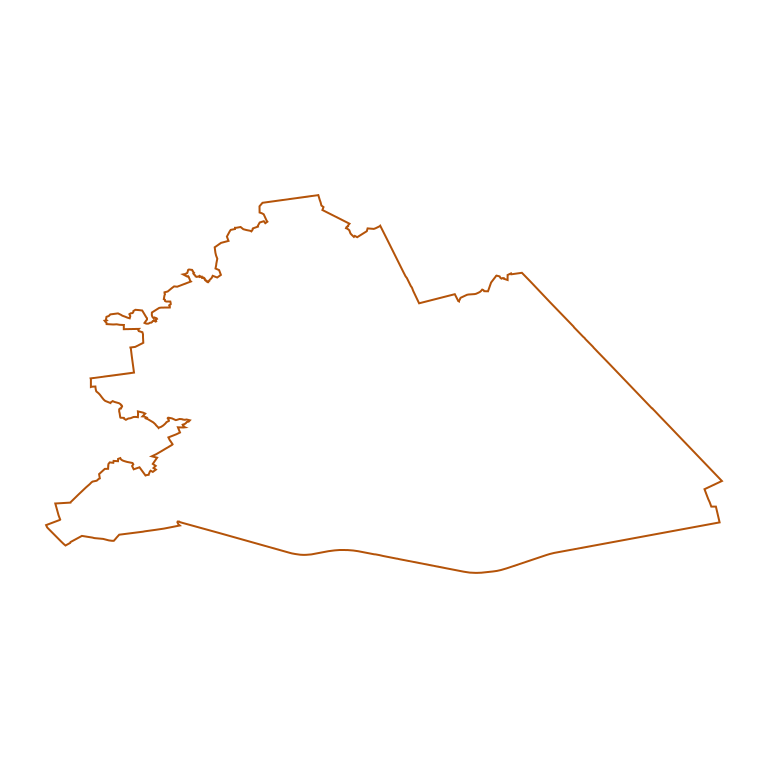 Smārdes pag., Engures, Latvia (Robinson projection)
{"feature_id": "27541924B30626092647888", "entity_name": "Smārdes pag.", "entity_type": "district", "adm_level": 2, "iso_a3": "LVA", "parent_name": "Latvia", "parent_adm1": "Engures", "projection": "robinson", "projection_center": [23.267, 56.989], "detail": "fine", "context": "isolated", "style": "outline", "palette": "amber", "viewbox_px": 768, "rotation_deg": 0, "n_neighbors": 0, "source": "geoboundaries", "source_scale": "gbopen_adm2", "svg_char_len": 6030}
<svg xmlns="http://www.w3.org/2000/svg" viewBox="0 0 768 768"><path d="M262.5,202.8L259.5,206.3L259.6,212.5L261.9,213.3L263.7,214.3L266.6,220.6L267.4,221.7L265.3,223.2L263.8,221.2L259.7,222.5L257.8,225.9L258.0,226.6L252.9,228.4L252.6,229.0L252.7,229.5L251.4,231.4L250.3,230.8L246.7,230.1L243.3,229.2L240.6,227.0L236.2,227.8L235.0,227.8L235.0,229.0L230.7,229.9L229.7,231.4L226.9,236.6L228.5,240.9L221.0,242.9L214.7,247.3L215.4,252.7L216.1,255.6L217.3,258.7L216.3,263.8L216.2,265.0L215.5,268.5L219.1,270.1L220.9,274.9L220.5,275.2L217.2,277.5L212.7,275.8L211.7,277.9L209.0,280.7L209.1,281.0L208.2,281.3L208.2,282.2L207.7,282.2L206.5,281.4L206.3,281.1L206.4,280.6L206.1,280.4L205.5,280.5L205.1,280.2L204.8,279.5L204.9,278.9L204.5,278.4L204.1,278.5L203.4,278.1L203.7,278.1L203.9,277.8L203.6,277.6L203.3,277.9L201.3,278.0L202.0,277.6L201.9,276.7L201.4,276.7L199.8,277.0L199.7,276.7L200.0,276.2L199.8,275.9L199.5,275.8L198.3,276.7L197.2,276.6L196.8,276.9L195.5,276.4L195.4,275.8L195.1,275.3L194.1,274.6L193.7,274.1L193.5,273.6L193.5,273.4L193.8,273.1L193.6,273.0L193.9,272.7L192.8,271.4L192.9,271.2L192.1,269.9L189.0,269.5L188.3,269.8L188.0,270.2L187.7,271.7L187.2,273.0L186.2,273.4L185.6,274.2L184.8,274.2L184.5,274.1L183.1,274.4L187.3,276.6L188.0,276.1L188.9,277.2L188.9,277.6L189.6,279.0L189.9,280.1L190.3,280.9L190.9,281.5L177.2,286.7L174.1,286.4L171.7,288.2L167.7,291.5L164.5,292.3L164.5,293.1L165.0,294.2L164.5,295.3L163.8,299.2L164.9,299.7L165.0,300.9L166.1,301.5L170.3,301.5L170.7,303.2L170.7,304.3L169.2,305.3L169.8,306.4L169.8,307.5L161.1,307.6L159.2,307.9L151.9,312.5L151.8,315.0L152.3,316.7L153.7,318.4L154.4,317.5L156.6,318.3L157.0,318.9L155.7,319.8L156.2,321.3L155.5,321.6L154.0,320.5L153.4,321.0L152.7,321.1L152.1,322.0L151.4,322.6L150.1,322.7L148.5,323.6L146.8,323.7L145.5,323.4L144.5,322.9L147.0,319.5L147.0,318.2L146.4,317.5L142.2,310.5L139.0,310.1L135.4,309.8L133.4,311.0L133.2,312.3L132.5,313.1L130.7,313.3L129.4,314.2L130.3,316.1L129.7,318.3L127.3,317.6L124.9,316.6L122.3,315.7L121.3,315.0L118.0,313.4L110.3,314.4L108.8,316.0L106.5,316.8L106.0,319.2L106.1,319.7L106.7,320.3L104.6,320.7L105.5,321.9L106.4,322.6L106.6,324.1L113.4,324.5L116.7,324.3L119.6,324.8L123.9,325.0L123.8,325.8L123.8,329.2L138.9,328.9L138.1,329.8L138.8,331.1L142.4,332.2L143.0,334.3L143.0,337.2L143.3,342.8L135.2,346.9L130.4,347.5L130.5,348.0L130.8,348.2L131.8,356.4L134.0,372.6L90.6,378.4L90.9,379.4L90.9,381.0L90.9,387.0L91.8,386.7L95.4,386.5L95.7,389.2L96.3,391.4L98.6,393.3L99.9,394.7L102.0,397.5L103.7,399.6L105.2,400.9L110.4,403.0L110.5,402.5L111.1,402.2L112.7,401.1L114.4,401.9L119.0,403.2L120.4,404.1L121.4,405.1L121.3,405.4L122.0,405.9L122.1,406.6L121.2,407.6L121.2,408.1L120.9,408.6L119.8,408.6L119.2,409.3L119.2,411.6L119.6,413.1L120.2,417.1L120.5,417.7L123.9,417.9L124.1,418.7L125.9,419.8L128.3,418.5L130.6,418.2L133.5,417.0L135.6,416.9L137.9,417.2L138.0,414.6L138.1,414.4L137.9,411.4L143.0,412.6L145.2,413.6L142.5,416.4L144.0,416.5L146.7,417.6L145.9,418.4L147.9,419.2L153.3,422.4L155.6,424.5L155.8,425.0L158.4,427.6L158.6,428.0L159.2,427.5L161.0,426.9L163.2,425.5L165.0,423.9L166.2,422.6L166.4,422.2L168.9,420.9L168.9,420.2L167.7,418.2L168.0,417.8L168.2,417.7L169.0,417.8L172.0,418.4L175.7,420.1L176.4,420.0L179.6,419.0L182.1,419.2L182.7,419.5L184.8,419.8L186.6,419.5L189.9,420.3L188.7,421.6L186.8,422.0L185.9,423.1L184.7,424.0L183.5,424.4L183.6,424.6L182.7,424.8L183.5,426.6L185.0,427.3L183.2,427.5L177.9,427.3L180.0,432.5L176.3,434.3L168.4,437.4L169.9,440.4L170.4,441.0L172.6,444.3L172.3,444.7L156.4,454.1L151.8,456.3L157.1,457.7L152.8,463.9L155.7,465.9L153.5,468.0L155.9,469.6L152.8,471.9L150.6,470.7L149.9,471.5L148.6,474.7L148.6,474.8L146.9,475.0L145.5,475.5L139.5,467.3L133.7,469.3L132.1,466.0L133.3,464.3L132.5,463.0L127.0,461.9L124.3,461.1L122.9,460.6L121.6,459.9L120.6,458.9L120.3,458.1L118.1,458.9L118.0,461.2L113.6,460.9L113.3,462.8L109.7,462.4L108.4,464.1L108.3,465.9L108.2,465.9L108.1,468.8L104.8,468.9L99.1,474.1L99.8,478.4L98.6,479.0L96.7,480.7L92.5,481.6L91.2,482.6L89.9,484.0L86.0,487.4L78.5,494.5L70.4,502.4L70.4,502.6L55.3,503.5L58.6,515.4L60.2,519.6L59.9,519.9L46.1,525.1L47.0,527.1L47.5,527.8L61.1,541.5L63.7,544.0L65.5,545.5L70.2,542.9L70.4,542.3L70.6,542.0L81.9,535.9L92.5,537.6L94.4,538.1L103.1,538.9L108.9,540.4L112.0,540.8L113.8,540.8L115.7,538.7L116.4,537.8L119.2,534.7L142.9,531.7L144.9,531.3L155.8,529.8L163.9,528.6L179.8,525.5L178.4,524.3L177.4,522.2L177.7,521.5L179.1,521.5L179.9,522.1L182.9,523.0L219.2,533.0L288.9,552.6L291.9,553.4L295.2,554.0L300.1,554.7L303.7,554.9L306.5,554.8L311.4,554.4L328.4,551.2L334.5,550.4L339.6,550.0L343.8,550.0L348.1,550.1L353.2,550.5L358.1,551.2L374.2,554.3L375.6,554.4L379.4,555.1L383.2,556.0L397.0,558.7L397.4,558.7L399.0,559.1L463.8,571.7L469.7,572.6L476.1,572.9L481.4,572.7L492.7,571.5L497.0,570.9L501.0,570.0L506.5,568.4L546.5,555.0L549.8,554.0L554.3,552.9L719.6,522.4L715.9,506.6L711.3,506.6L709.7,502.2L708.3,499.2L706.8,495.3L704.5,489.2L721.9,481.0L677.2,434.4L670.8,427.7L660.1,416.6L654.9,411.1L653.1,409.3L652.3,408.3L651.9,408.3L608.0,362.5L597.6,351.8L593.4,347.4L593.2,347.0L585.4,339.1L584.6,338.0L583.1,336.7L577.2,330.6L574.0,327.3L573.6,326.6L550.0,302.2L530.1,281.2L521.9,272.8L511.3,274.3L511.0,273.4L507.6,275.0L507.6,280.0L503.7,278.7L503.7,278.1L502.4,278.1L501.4,278.6L500.3,277.7L499.6,276.4L496.5,275.6L496.1,275.9L496.1,276.0L491.1,282.5L488.0,291.3L484.2,291.2L483.6,290.3L483.2,290.0L482.2,289.6L481.1,290.9L479.8,292.0L478.0,292.9L476.0,293.8L474.5,294.1L468.6,294.5L467.0,294.8L460.8,297.7L460.4,298.1L459.7,299.7L459.0,301.0L459.0,301.4L458.3,301.1L454.8,294.2L419.1,303.3L413.2,290.9L412.1,288.0L411.5,286.9L410.9,286.2L406.8,277.9L405.6,276.4L403.5,272.3L387.1,239.4L380.2,225.7L379.6,226.3L375.5,228.3L373.8,228.9L367.6,228.4L366.8,231.2L357.2,237.2L354.8,235.9L353.9,236.9L351.5,234.6L350.5,233.5L349.3,230.3L348.7,229.7L347.3,228.7L346.0,228.2L346.5,227.1L348.0,226.3L347.8,225.8L349.5,223.7L322.4,210.0L323.5,207.1L321.4,205.5L320.6,202.3L319.8,200.1L318.3,195.1L262.5,202.8Z" fill="none" stroke="#b45309" stroke-width="2"/></svg>